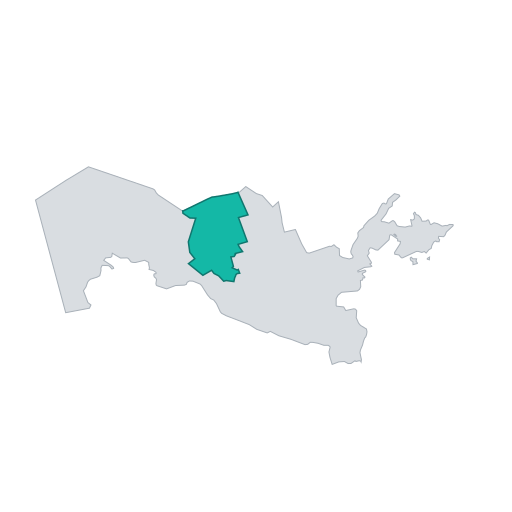 location of Uchkuduk, Navoi, Uzbekistan, rotated 345°
{"feature_id": "79887680B40306907655933", "entity_name": "Uchkuduk", "entity_type": "district", "adm_level": 2, "iso_a3": "UZB", "parent_name": "Uzbekistan", "parent_adm1": "Navoi", "projection": "mercator", "projection_center": [63.246, 42.277], "detail": "fine", "context": "in_parent", "style": "filled", "palette": "teal", "viewbox_px": 512, "rotation_deg": 345, "n_neighbors": 0, "source": "geoboundaries", "source_scale": "gbopen_adm2", "svg_char_len": 4892}
<svg xmlns="http://www.w3.org/2000/svg" viewBox="0 0 512 512"><g transform="rotate(345 256 256)"><path d="M398.5,235.2L405.9,231.6L410.0,234.0L410.4,235.4L405.8,238.0L401.8,239.5L400.5,242.9L396.5,244.3L392.5,249.0L386.1,253.8L386.0,254.7L386.6,255.5L388.7,256.1L392.9,258.7L396.9,257.2L397.9,257.5L398.9,259.0L400.1,263.3L401.9,264.5L407.6,266.7L412.0,266.7L414.2,267.6L414.5,267.2L414.8,260.9L416.7,261.9L418.6,261.1L419.4,258.0L419.0,255.9L420.5,254.7L421.2,255.5L421.3,257.4L423.4,258.7L424.9,261.8L425.4,265.4L429.4,266.3L430.9,265.6L432.0,266.0L432.6,270.6L433.2,270.9L436.6,270.0L439.9,271.9L443.5,275.3L447.4,275.6L448.3,276.2L451.1,275.6L454.4,276.6L454.5,277.2L454.0,277.9L446.1,282.1L443.9,284.9L442.2,285.9L437.5,284.3L436.8,286.0L437.6,287.8L436.5,289.6L434.1,288.9L433.6,288.0L431.3,288.5L428.5,291.5L427.2,294.0L424.6,294.7L421.1,297.2L419.7,295.2L417.1,295.5L413.8,293.5L412.1,293.1L397.1,295.7L395.9,295.3L394.3,292.0L390.5,290.2L390.7,288.5L398.4,281.5L399.3,279.3L396.7,278.1L397.2,276.3L392.2,270.6L391.2,270.3L390.6,270.5L388.7,274.7L375.3,281.9L373.4,281.2L370.3,278.5L368.4,277.6L366.0,279.8L366.1,282.5L363.6,284.6L365.8,291.9L365.6,292.8L363.9,293.1L365.2,295.8L364.1,296.1L357.7,295.1L350.3,296.7L350.5,297.9L357.1,297.7L358.0,298.2L358.2,299.1L357.8,299.6L354.3,300.3L353.9,301.4L355.8,304.6L354.9,305.3L353.7,304.7L352.7,306.7L350.5,306.7L349.2,312.8L347.4,315.0L344.9,316.0L329.2,313.2L325.1,315.1L322.4,317.9L320.6,324.6L320.8,325.3L327.5,327.9L328.6,331.9L336.7,332.3L338.1,332.9L338.7,333.9L339.1,335.0L336.8,341.6L337.7,347.4L339.0,350.1L343.8,355.1L343.6,357.9L342.5,360.4L341.1,362.5L339.7,363.4L337.7,366.2L335.9,369.5L332.5,373.9L331.4,376.3L331.0,383.4L330.1,385.5L330.0,384.7L328.7,383.9L325.2,383.7L324.5,382.8L319.9,384.4L317.1,383.7L314.1,380.8L308.6,379.7L301.5,380.4L301.2,373.1L301.6,367.6L304.0,363.3L303.9,362.5L302.7,361.0L298.4,359.8L293.4,356.4L288.7,354.2L286.1,353.4L283.1,354.7L280.4,354.3L268.0,345.4L257.5,339.0L250.3,332.5L246.9,333.2L237.7,327.0L231.7,320.5L211.9,306.1L208.0,302.5L207.1,300.7L205.5,291.7L203.8,287.6L201.2,285.4L199.1,281.0L195.8,270.4L194.6,268.5L188.6,264.0L185.2,262.9L182.7,263.6L181.3,265.4L179.3,265.6L170.6,263.7L161.1,264.6L152.7,259.1L152.1,258.2L152.2,256.7L153.8,253.1L153.5,251.5L152.3,249.8L152.3,247.9L153.1,246.9L154.7,247.2L155.2,246.6L155.0,245.6L153.1,243.4L149.2,241.3L150.0,239.9L150.2,236.4L150.7,234.5L150.2,233.9L147.3,231.3L137.9,231.1L135.6,230.4L133.8,229.4L132.1,225.4L131.1,224.5L124.6,222.9L117.9,216.1L116.6,219.1L115.3,219.7L110.3,218.9L107.8,220.8L114.0,227.8L115.3,229.9L115.3,231.1L113.5,231.3L111.9,228.0L110.9,227.1L105.0,225.2L103.1,227.4L102.5,230.0L100.0,234.6L97.0,235.3L90.0,235.6L87.9,236.6L86.5,237.8L83.8,241.8L80.3,244.9L81.6,257.5L83.9,260.6L81.6,263.3L57.5,261.5L57.5,144.9L92.2,133.7L117.2,126.5L173.9,164.5L175.2,166.0L176.0,169.2L177.4,171.8L196.6,193.5L224.8,189.1L253.4,191.6L264.1,186.3L272.5,195.8L277.7,199.2L284.8,213.0L291.7,209.4L290.6,225.7L289.8,230.6L289.6,240.3L300.9,240.6L303.3,256.2L305.8,265.9L308.2,267.0L329.5,265.6L331.2,266.3L334.2,265.3L336.1,268.4L338.3,270.5L336.8,277.2L339.4,279.9L345.3,283.0L348.9,282.9L349.6,281.8L349.4,280.2L348.6,278.6L348.6,276.6L349.2,275.2L352.7,270.1L358.5,265.1L359.8,263.3L360.3,260.1L362.4,258.3L367.3,256.3L368.1,254.7L374.2,250.7L381.0,248.1L384.2,246.1L387.2,242.2L391.6,238.0L393.3,238.0L394.4,239.2L395.5,239.3L398.5,235.2ZM397.0,273.3L396.3,271.3L395.2,270.6L394.7,270.9L396.4,273.4L397.0,273.3ZM409.9,305.0L405.4,305.0L406.1,302.0L404.5,300.6L404.2,299.1L404.5,297.8L405.6,297.3L406.9,299.4L410.4,300.3L409.2,302.4L410.1,304.6L409.9,305.0ZM423.4,301.9L422.5,304.6L420.6,303.4L420.8,302.7L423.4,301.9Z" fill="#d9dde1" stroke="#a8b0b8" stroke-width="1"/><path d="M228.0,275.0L229.9,271.3L230.7,270.5L231.9,268.7L233.3,268.1L235.8,268.4L235.4,264.4L234.2,264.7L229.9,261.2L231.5,260.2L231.5,250.4L234.8,250.8L236.5,249.2L236.2,248.9L236.6,248.2L244.2,248.3L242.1,242.7L241.7,240.1L251.3,239.9L249.0,214.3L258.9,214.2L255.1,189.9L255.0,190.0L254.3,189.9L253.9,189.9L251.8,189.8L251.5,189.8L251.1,189.8L250.6,189.8L250.4,189.8L248.2,189.7L247.8,189.6L247.1,189.6L246.8,189.5L246.6,189.5L244.4,189.4L244.1,189.3L243.0,189.2L241.1,189.1L239.9,188.9L236.9,188.7L234.0,188.4L233.5,188.3L232.1,188.2L230.6,188.0L229.0,187.7L228.8,187.7L228.6,187.7L225.7,188.2L224.8,188.3L222.6,188.7L222.1,188.8L220.0,189.2L219.6,189.3L218.6,189.5L217.7,189.7L215.4,190.1L213.9,190.4L211.8,190.8L210.8,191.0L210.4,191.1L208.2,191.5L207.9,191.6L206.8,191.8L206.4,191.9L204.7,192.2L204.3,192.3L203.5,192.4L202.0,192.7L201.1,192.9L200.0,193.1L197.5,193.6L197.1,193.6L196.9,193.5L196.5,195.8L202.0,202.2L207.6,203.9L200.4,215.2L194.3,224.8L193.0,235.4L195.8,241.9L196.2,242.8L188.8,245.9L199.7,260.9L209.4,258.3L210.9,262.0L214.8,265.5L218.3,272.0L220.9,272.0L228.0,275.0Z" fill="#14b8a6" stroke="#0f766e" stroke-width="1.5"/></g></svg>